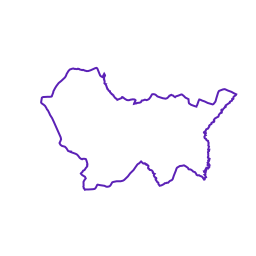 Kouritenga, Kouritenga, Burkina Faso, rotated 113°
{"feature_id": "67063806B40595440400203", "entity_name": "Kouritenga", "entity_type": "district", "adm_level": 2, "iso_a3": "BFA", "parent_name": "Burkina Faso", "parent_adm1": "Kouritenga", "projection": "orthographic", "projection_center": [-0.33, 12.181], "detail": "fine", "context": "isolated", "style": "outline", "palette": "violet", "viewbox_px": 256, "rotation_deg": 113, "n_neighbors": 0, "source": "geoboundaries", "source_scale": "gbopen_adm2", "svg_char_len": 5708}
<svg xmlns="http://www.w3.org/2000/svg" viewBox="0 0 256 256"><g transform="rotate(113 128 128)"><path d="M146.2,37.1L145.7,37.4L144.8,37.4L144.1,37.8L143.6,37.6L142.8,36.9L142.3,37.4L141.2,39.2L140.8,38.6L140.4,38.6L139.8,39.1L138.5,39.2L138.7,40.8L138.3,41.1L138.2,40.7L137.8,40.5L136.8,40.5L136.5,39.5L135.1,39.8L135.1,40.4L134.1,40.3L134.3,39.4L133.6,39.2L133.8,38.6L133.1,38.6L133.0,38.1L132.4,37.9L132.1,37.9L131.2,38.3L130.8,39.3L130.9,39.7L131.1,39.9L131.0,40.3L130.2,40.4L129.8,39.3L129.1,40.7L128.8,40.3L128.2,41.0L127.2,40.8L126.7,41.5L126.1,41.5L125.5,41.2L125.7,40.7L124.4,40.9L124.2,42.5L124.1,42.8L123.6,43.1L122.3,43.1L121.2,43.8L120.1,44.1L119.6,44.6L118.9,45.0L117.6,44.4L116.7,44.6L117.2,45.1L116.9,45.6L116.5,45.9L115.7,45.8L113.8,46.2L113.4,46.2L112.8,47.2L112.0,47.3L111.2,47.8L110.6,47.8L110.1,48.0L109.3,48.9L108.6,49.2L108.5,49.5L108.6,50.3L108.4,51.1L108.1,51.5L107.8,51.6L107.5,52.1L107.4,53.3L107.0,53.8L106.1,54.3L104.7,54.1L104.3,53.7L104.0,54.3L103.5,54.7L103.0,54.5L102.6,54.6L102.9,55.6L102.7,56.1L102.4,56.4L101.8,56.3L101.3,55.9L101.4,55.0L100.6,55.6L99.7,55.4L98.7,55.5L97.1,54.0L96.1,54.1L95.0,53.7L94.2,54.2L93.5,54.0L91.7,52.8L90.9,53.1L90.5,53.1L90.1,52.6L89.3,52.1L88.9,51.8L89.0,51.4L88.5,51.2L88.1,51.2L87.6,51.4L87.2,52.1L85.4,51.8L84.7,51.2L84.0,50.8L82.3,49.3L81.2,49.3L80.6,49.5L79.5,49.3L77.9,48.7L77.5,48.4L77.7,48.1L77.5,47.8L76.7,47.8L76.3,48.0L75.9,48.6L74.9,49.1L74.5,48.9L74.6,48.0L72.7,47.6L71.8,47.1L71.4,47.1L70.6,46.5L70.3,46.8L70.0,46.4L69.0,46.9L65.5,44.6L64.8,44.5L64.7,44.2L63.9,44.4L62.2,43.0L60.7,43.4L60.6,42.7L60.1,42.4L59.8,42.4L59.4,42.8L58.4,43.0L57.8,42.9L56.0,41.8L55.3,41.5L54.7,41.5L54.6,44.4L54.3,46.8L54.5,50.8L54.4,53.6L54.6,54.5L55.5,55.8L58.2,58.6L58.7,58.8L60.2,58.9L66.0,58.3L68.8,57.9L69.8,57.9L72.6,58.7L73.2,59.3L73.8,64.4L73.6,67.9L73.8,70.5L73.7,72.2L73.9,73.5L75.2,73.6L80.1,73.3L81.0,73.5L81.6,73.4L81.8,75.0L82.0,78.9L81.5,81.4L80.8,82.0L77.8,83.6L77.6,87.0L76.6,89.5L76.1,91.6L76.6,92.4L78.6,94.4L79.5,95.5L80.4,96.4L81.2,96.7L80.9,98.3L80.5,99.2L80.7,100.4L80.5,101.0L80.8,101.4L82.1,102.2L82.1,102.5L83.6,102.9L84.8,103.4L85.3,103.7L86.3,104.8L87.0,107.6L87.4,112.3L87.4,113.4L86.8,115.0L86.6,116.0L86.7,117.0L86.9,117.8L87.5,118.9L88.2,119.1L90.7,119.4L93.1,120.0L94.3,120.9L95.1,121.8L95.3,123.5L96.6,124.8L97.4,126.1L98.6,126.1L99.4,126.4L100.2,127.3L101.5,129.6L102.0,129.8L102.4,130.6L103.4,131.9L102.8,132.0L99.9,131.8L99.5,131.9L99.3,132.5L99.2,132.9L99.3,133.6L99.8,134.9L101.0,136.8L101.9,137.8L102.4,138.8L102.7,140.1L102.4,142.3L101.7,144.9L101.8,145.5L102.0,145.6L102.8,145.5L106.2,148.8L105.8,149.1L105.8,150.1L105.5,150.6L105.2,152.0L104.3,153.3L104.0,154.0L103.6,154.2L103.3,155.6L103.1,155.7L103.2,156.3L102.6,157.1L102.2,158.4L101.2,159.0L101.3,159.8L101.2,160.3L101.1,160.6L100.3,161.3L100.1,162.2L99.9,162.2L99.2,163.2L98.9,163.2L97.8,164.4L97.5,164.5L96.6,165.8L96.3,165.7L96.4,166.4L96.0,167.2L94.9,167.4L94.5,167.6L93.5,168.2L92.9,169.0L92.3,169.0L92.0,169.3L91.6,169.5L89.8,169.9L89.1,169.6L88.5,169.7L87.7,170.7L87.4,171.1L91.1,171.4L91.0,172.8L90.8,173.6L90.4,174.3L85.2,179.5L85.0,180.1L85.0,180.6L85.8,181.6L89.5,185.0L91.2,187.0L91.9,188.6L91.8,189.1L92.1,190.6L91.9,191.6L92.4,192.7L92.6,192.8L93.0,195.6L92.8,196.0L93.0,196.5L92.9,197.0L93.0,197.3L93.3,197.4L93.7,197.9L94.1,199.0L94.2,199.7L94.6,200.5L94.5,201.3L95.1,202.4L96.9,204.4L98.8,205.1L102.3,205.6L103.8,205.5L105.2,205.6L106.4,205.9L110.7,207.8L113.7,209.4L117.3,210.3L119.8,210.7L123.4,211.0L124.6,210.7L127.9,210.6L128.4,210.5L128.8,210.6L129.1,210.9L130.0,212.5L130.5,213.8L132.6,218.1L133.2,218.8L133.8,219.1L138.1,218.1L138.5,217.9L138.8,217.5L139.2,216.4L139.5,214.7L140.1,212.9L141.8,210.6L142.6,209.8L143.0,208.7L145.4,205.9L146.4,204.9L148.6,201.7L151.4,198.6L162.8,186.4L164.5,185.2L166.8,185.1L168.4,185.2L168.8,185.0L169.9,183.5L170.3,181.8L169.9,179.0L170.0,178.4L170.8,176.6L172.5,174.2L172.5,173.4L172.0,171.4L172.5,171.4L172.2,166.0L172.4,164.4L173.2,162.7L174.3,160.9L174.7,159.5L174.7,158.0L174.0,157.5L173.8,157.1L173.3,155.8L173.1,154.7L173.4,154.3L174.8,153.0L177.0,151.3L177.5,151.1L177.8,151.3L178.2,151.2L178.8,150.6L179.8,150.7L181.3,151.2L183.2,151.5L183.8,151.7L184.9,152.7L186.0,152.7L187.5,153.4L188.4,153.6L189.2,151.9L189.7,148.6L190.9,147.2L193.2,147.8L195.0,147.9L198.5,146.3L199.4,146.2L200.2,145.4L200.7,145.2L200.8,144.7L201.4,144.1L201.7,143.5L201.2,143.1L199.7,139.7L198.0,136.3L197.1,134.9L196.4,134.6L195.5,134.3L192.4,134.1L192.0,133.8L191.6,131.7L190.4,127.1L190.5,125.2L190.3,124.3L189.3,122.7L188.4,122.0L187.6,121.7L184.3,121.3L183.5,120.6L181.5,117.7L180.0,114.1L178.5,112.1L177.3,111.2L172.6,109.2L168.9,108.3L164.6,106.5L161.1,105.8L157.9,105.1L157.0,104.6L156.3,104.0L153.7,102.9L154.0,102.2L154.7,100.1L154.5,99.4L153.9,98.8L153.9,98.6L154.3,98.4L154.4,97.6L154.6,97.1L154.1,96.9L154.1,96.6L154.6,95.9L154.6,94.9L155.0,94.3L156.7,94.0L157.2,93.7L157.4,93.4L157.3,93.0L157.5,92.4L157.9,92.1L158.1,91.6L157.7,90.0L157.8,89.4L158.4,88.2L159.1,87.6L159.5,87.7L159.8,87.3L159.8,85.5L160.9,85.8L161.4,85.8L162.0,85.3L162.5,84.7L162.7,84.1L163.0,82.5L163.5,82.2L164.2,82.7L164.9,82.2L165.4,81.1L165.9,80.7L166.3,80.0L166.3,79.2L166.5,78.7L167.6,78.2L168.8,76.3L167.7,74.8L166.9,74.1L165.7,73.1L164.5,72.6L163.7,71.2L163.3,71.0L162.7,69.7L160.6,68.9L159.6,68.1L159.5,67.9L159.0,67.4L158.3,67.1L157.4,66.9L153.9,67.2L148.6,67.3L146.3,67.5L145.3,67.3L142.7,65.4L141.7,63.5L140.5,61.9L140.7,60.0L141.2,57.6L141.5,56.9L142.2,56.3L142.3,55.9L141.7,54.2L142.1,52.1L142.6,51.1L142.5,49.0L143.5,47.4L144.3,46.6L144.4,45.5L144.3,45.0L144.0,44.7L143.7,44.1L144.0,42.6L143.8,41.4L143.9,40.9L144.1,40.6L144.3,39.8L144.9,39.2L146.2,37.1Z" fill="none" stroke="#5b21b6" stroke-width="2"/></g></svg>